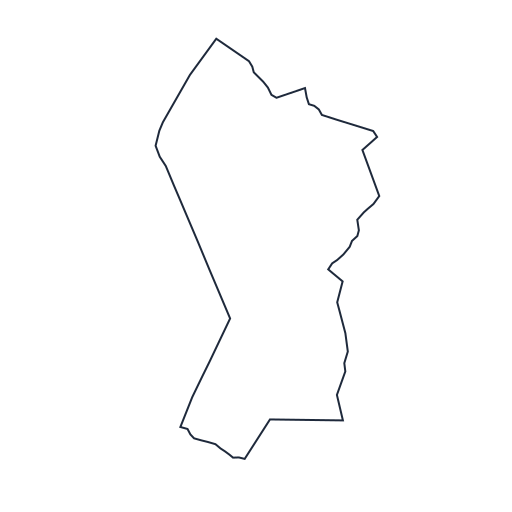 Glória do Goitá, Pernambuco, Brazil (Albers equal-area conic projection), rotated 284°
{"feature_id": "56859067B24226847288398", "entity_name": "Glória do Goitá", "entity_type": "district", "adm_level": 2, "iso_a3": "BRA", "parent_name": "Brazil", "parent_adm1": "Pernambuco", "projection": "albers", "projection_center": [-35.342, -8.009], "detail": "fine", "context": "isolated", "style": "outline", "palette": "slate", "viewbox_px": 512, "rotation_deg": 284, "n_neighbors": 0, "source": "geoboundaries", "source_scale": "gbopen_adm2", "svg_char_len": 1029}
<svg xmlns="http://www.w3.org/2000/svg" viewBox="0 0 512 512"><g transform="rotate(284 256 256)"><path d="M457.2,164.9L415.8,148.1L363.3,133.3L354.2,131.9L346.6,131.9L338.7,131.9L329.0,138.6L321.5,146.7L304.7,159.2L291.9,168.9L280.2,177.7L255.4,196.4L231.8,213.9L212.4,228.5L189.1,246.0L141.8,236.4L126.6,233.1L103.7,228.3L71.8,224.0L71.6,231.4L67.0,235.5L64.1,240.0L63.9,247.3L63.9,254.4L63.6,262.2L60.7,268.1L59.0,273.0L56.9,278.1L54.8,282.5L56.4,288.1L56.4,294.1L100.8,309.1L117.5,380.1L140.8,368.1L165.6,370.6L173.4,367.6L185.5,368.2L202.7,361.4L223.3,350.1L230.7,346.0L252.3,346.2L258.0,334.4L260.5,329.3L267.3,331.7L271.7,335.7L278.6,340.4L287.6,344.7L293.9,345.5L299.9,349.5L305.8,349.6L315.7,345.5L324.5,350.1L328.8,353.0L334.9,357.4L344.0,361.1L384.6,333.6L400.8,344.7L405.6,339.5L407.8,300.8L408.8,285.8L413.4,281.5L415.8,276.2L416.1,270.6L422.2,266.8L430.8,262.9L414.5,237.6L416.1,232.0L422.3,226.8L426.8,220.9L433.7,209.4L438.8,206.6L443.3,202.1L457.2,164.9Z" fill="none" stroke="#1e293b" stroke-width="2"/></g></svg>